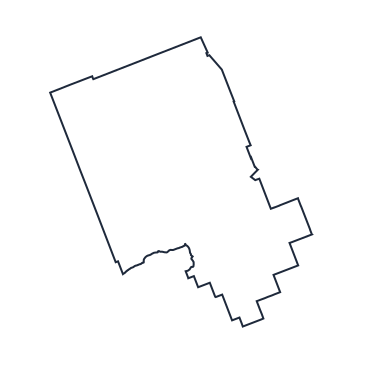 Three Springs, Western Australia, Australia, rotated 69°
{"feature_id": "25037944B87416382826718", "entity_name": "Three Springs", "entity_type": "district", "adm_level": 2, "iso_a3": "AUS", "parent_name": "Australia", "parent_adm1": "Western Australia", "projection": "orthographic", "projection_center": [115.749, -29.514], "detail": "fine", "context": "isolated", "style": "outline", "palette": "slate", "viewbox_px": 384, "rotation_deg": 69, "n_neighbors": 0, "source": "geoboundaries", "source_scale": "gbopen_adm2", "svg_char_len": 4965}
<svg xmlns="http://www.w3.org/2000/svg" viewBox="0 0 384 384"><g transform="rotate(69 192 192)"><path d="M335.8,192.8L335.8,185.5L335.8,181.4L335.8,173.0L335.7,170.7L331.2,170.6L326.5,170.7L324.2,170.7L317.1,170.7L317.2,161.6L317.1,158.9L317.2,154.4L317.1,151.4L317.1,145.6L303.2,145.6L298.6,145.6L298.6,141.7L298.6,119.2L274.5,119.2L274.6,117.4L274.6,111.8L274.6,111.5L274.6,95.2L274.4,95.3L274.2,95.3L269.6,95.3L269.4,95.2L244.3,95.3L244.2,95.4L237.7,95.4L236.7,95.4L235.8,95.3L235.8,99.5L235.9,115.1L236.0,115.2L236.0,121.1L235.9,121.1L235.9,124.4L234.3,124.4L228.9,124.4L224.4,124.4L219.4,124.4L216.7,124.4L214.6,124.4L213.7,124.4L208.1,124.4L205.7,124.4L203.7,124.4L203.6,127.6L203.6,128.7L198.9,131.6L198.4,130.5L196.5,126.4L194.8,122.6L194.5,122.9L190.9,124.1L190.9,124.4L181.1,124.4L181.5,124.9L169.4,124.9L169.4,120.5L165.9,120.6L165.7,120.6L152.6,120.7L152.4,120.7L152.0,120.7L138.1,120.7L137.8,120.7L122.5,120.7L122.5,120.1L112.1,120.2L88.4,120.3L70.5,126.8L70.5,128.8L67.5,128.8L67.5,127.4L50.7,128.4L51.3,243.7L50.5,243.8L48.2,243.7L48.2,267.3L48.4,288.8L50.4,288.8L51.0,288.8L109.7,288.6L132.0,288.6L145.6,288.5L179.7,288.4L230.2,288.4L230.2,285.9L236.3,285.9L243.9,285.9L243.7,285.3L243.7,285.1L243.6,284.8L243.6,284.6L243.5,284.2L243.4,283.7L243.3,283.4L243.2,283.4L243.1,283.2L243.0,282.8L242.9,282.5L242.8,282.4L242.6,282.1L242.5,281.8L242.5,281.6L242.4,281.3L242.4,281.1L242.3,280.9L242.2,280.8L242.2,280.6L242.0,280.2L242.0,279.7L241.9,279.6L241.9,279.4L241.8,279.2L241.7,278.9L241.6,278.6L241.6,278.4L241.6,278.2L241.5,277.9L241.5,277.7L241.4,277.3L241.3,277.0L241.2,276.8L241.2,276.7L241.1,276.4L241.1,276.1L241.0,275.8L241.1,275.5L241.1,275.4L241.1,275.2L241.1,274.9L241.1,274.4L241.1,273.9L241.1,273.7L241.0,273.4L240.9,273.2L240.8,272.7L240.7,272.3L240.6,271.9L240.6,271.5L240.6,271.4L240.6,271.0L240.6,270.6L240.7,270.2L240.8,270.0L240.8,269.8L240.8,269.6L240.7,269.2L240.7,268.9L240.8,268.6L240.7,268.3L240.7,268.1L240.7,267.8L240.7,267.7L240.7,267.4L240.7,266.9L240.7,266.7L240.7,266.4L240.8,266.2L240.9,265.9L240.8,265.6L240.8,265.4L240.7,264.9L240.6,264.7L240.5,264.4L240.5,264.2L240.4,264.2L240.3,263.8L240.3,263.7L240.3,263.4L240.4,263.2L240.5,262.9L240.5,262.6L240.5,262.4L240.4,262.3L240.2,262.2L239.6,262.0L239.5,261.9L239.1,261.8L238.9,261.7L238.4,261.5L238.1,261.3L237.9,261.2L237.7,261.1L237.5,260.8L237.4,260.7L237.2,260.5L237.0,260.1L236.9,260.0L236.8,259.9L236.7,259.7L236.5,259.4L236.3,259.1L236.0,258.4L235.9,258.1L235.8,257.7L235.6,257.0L235.6,256.7L235.5,256.2L235.6,255.9L235.6,255.6L235.6,255.2L235.6,254.7L235.7,254.4L235.8,254.0L235.7,253.7L235.6,253.4L235.6,253.1L235.6,252.9L235.6,252.7L235.6,252.4L235.5,252.2L235.3,251.6L235.3,251.4L235.3,251.1L235.3,250.8L235.3,250.6L235.1,250.1L235.1,249.7L235.1,249.4L235.4,247.9L235.5,247.6L235.7,246.9L236.0,246.0L236.0,245.7L235.8,245.3L235.3,245.1L235.2,244.9L235.2,244.6L235.2,244.3L235.3,244.1L235.4,243.9L235.6,243.8L236.0,243.4L236.3,243.1L236.5,242.8L236.7,242.1L236.8,241.9L237.0,241.5L237.1,241.3L237.1,241.2L237.3,240.8L237.6,240.4L237.8,240.2L238.1,239.7L238.4,239.2L238.5,239.1L238.6,238.9L238.7,238.7L239.0,238.0L239.2,237.7L239.3,237.4L239.3,237.2L239.3,236.9L239.3,236.6L239.2,236.4L239.1,236.1L239.0,235.9L238.9,235.7L238.8,235.3L238.6,234.8L238.5,234.5L238.4,234.4L238.4,234.2L238.3,233.9L238.3,233.7L238.3,233.3L238.3,232.9L238.4,232.7L238.5,232.5L238.8,231.8L238.9,231.7L239.0,231.4L239.1,231.2L239.2,230.9L239.3,230.7L239.3,230.4L239.4,230.2L239.4,229.9L239.4,229.7L239.4,229.1L239.4,228.8L239.4,228.7L239.4,228.4L239.4,227.9L239.4,227.6L239.4,227.3L239.4,227.0L239.4,226.6L239.4,226.4L239.4,226.1L239.4,225.9L239.4,225.5L239.5,225.2L239.6,224.5L239.6,224.4L239.6,224.2L239.6,223.8L239.6,223.6L239.5,223.1L239.6,222.8L239.6,222.4L239.6,222.1L239.6,221.8L239.6,221.7L239.6,221.4L239.7,221.2L239.7,220.9L239.7,220.7L239.7,220.4L239.6,220.0L239.5,219.9L239.5,219.6L239.5,219.3L239.5,219.2L239.4,219.1L239.4,218.6L239.4,218.3L239.4,218.2L239.2,218.0L239.1,217.9L238.5,217.4L238.3,217.2L238.1,217.1L238.1,216.9L238.3,216.8L238.7,216.8L239.7,216.6L240.4,215.9L241.7,215.3L242.5,215.1L243.5,214.9L245.4,215.0L248.1,215.6L249.5,215.3L250.1,215.4L250.5,215.6L251.4,215.2L251.9,214.8L252.4,214.5L252.8,215.1L253.2,215.8L253.3,216.0L253.5,216.1L253.8,216.3L254.0,216.5L254.5,216.5L254.7,216.4L255.0,216.3L256.7,215.8L257.4,215.7L257.7,215.6L258.1,215.7L258.3,215.7L258.6,215.8L258.8,215.9L260.0,216.3L260.4,216.5L260.7,216.6L261.2,217.0L261.7,217.2L261.9,217.3L262.0,217.5L262.2,217.9L262.2,218.1L262.1,218.4L262.0,218.7L261.9,218.9L261.8,219.1L261.8,219.4L261.8,219.6L261.9,219.9L262.0,220.1L263.1,221.5L263.3,221.8L263.5,222.1L263.5,222.3L263.6,222.6L263.9,223.7L264.0,224.1L264.0,224.3L264.0,224.5L263.9,224.7L263.8,225.6L263.7,226.3L270.3,226.3L271.2,226.4L271.2,220.4L283.1,220.4L283.1,207.9L298.1,207.9L298.6,207.5L298.6,200.6L326.2,200.6L326.2,192.7L328.2,192.7L329.6,192.7L333.1,192.7L335.8,192.8Z" fill="none" stroke="#1e293b" stroke-width="2"/></g></svg>